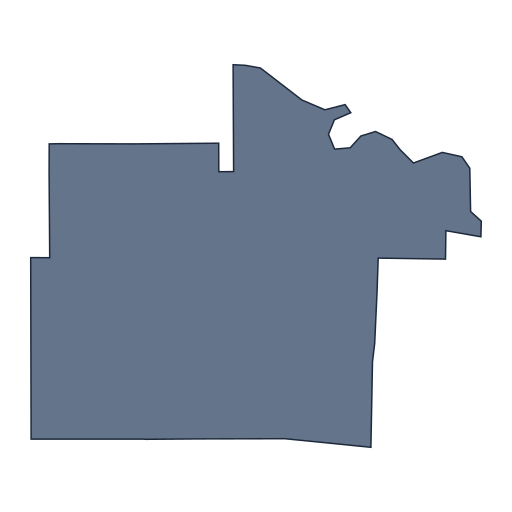 the district of Lincoln, Arkansas, United States of America
{"feature_id": "52423323B30857528698803", "entity_name": "Lincoln", "entity_type": "district", "adm_level": 2, "iso_a3": "USA", "parent_name": "United States of America", "parent_adm1": "Arkansas", "projection": "mercator", "projection_center": [-91.656, 33.979], "detail": "fine", "context": "isolated", "style": "filled", "palette": "slate", "viewbox_px": 512, "rotation_deg": 0, "n_neighbors": 0, "source": "geoboundaries", "source_scale": "gbopen_adm2", "svg_char_len": 650}
<svg xmlns="http://www.w3.org/2000/svg" viewBox="0 0 512 512"><path d="M31.1,439.1L142.3,439.1L146.1,439.3L199.2,438.9L284.7,438.7L370.9,447.3L372.5,361.7L374.7,343.4L377.1,290.6L378.2,258.1L445.5,259.1L445.9,230.7L480.9,236.8L481.3,221.2L470.6,211.5L469.8,168.3L461.9,156.8L442.3,152.4L413.4,163.0L400.1,149.7L392.1,139.5L375.5,131.5L360.9,136.0L350.2,147.8L334.6,149.1L328.5,134.3L334.4,119.8L350.8,112.7L345.1,104.6L324.9,109.8L301.9,100.0L260.4,68.0L245.3,65.3L233.1,64.7L233.6,171.6L218.8,171.7L218.7,143.2L133.7,143.9L58.4,143.7L49.2,143.9L49.1,172.5L49.7,257.7L30.7,257.6L31.1,439.1Z" fill="#64748b" stroke="#1e293b" stroke-width="1.5"/></svg>